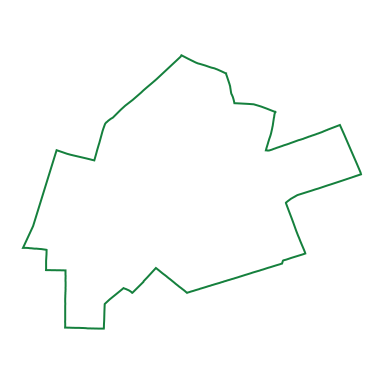 outline of Izvoare, Dolj, Romania
{"feature_id": "2599482B17685193443553", "entity_name": "Izvoare", "entity_type": "district", "adm_level": 2, "iso_a3": "ROU", "parent_name": "Romania", "parent_adm1": "Dolj", "projection": "natural_earth1", "projection_center": [23.323, 44.156], "detail": "fine", "context": "isolated", "style": "outline", "palette": "green", "viewbox_px": 384, "rotation_deg": 0, "n_neighbors": 0, "source": "geoboundaries", "source_scale": "gbopen_adm2", "svg_char_len": 5846}
<svg xmlns="http://www.w3.org/2000/svg" viewBox="0 0 384 384"><path d="M282.5,262.2L282.8,261.0L283.0,260.7L283.3,260.4L283.7,260.3L286.3,259.6L287.8,259.1L291.3,257.9L303.0,254.3L305.0,253.6L305.3,253.5L305.1,252.7L304.1,250.1L303.0,247.5L301.8,244.7L300.3,241.1L299.1,238.0L298.1,235.7L296.2,230.8L293.3,222.7L291.6,218.1L289.3,212.1L286.9,205.7L285.9,203.0L285.9,202.9L285.9,202.7L286.0,202.6L287.6,201.3L290.9,198.8L297.4,195.1L299.3,194.5L302.5,193.5L306.9,192.1L311.4,190.7L315.3,189.4L318.4,188.5L325.2,186.2L327.9,185.3L330.8,184.4L339.6,181.5L361.0,174.3L360.5,172.4L357.2,164.6L355.6,160.9L351.5,151.5L344.2,134.6L339.9,125.0L327.6,129.7L327.3,129.9L326.7,130.1L326.1,130.3L325.0,130.8L324.4,131.0L323.3,131.5L321.7,132.2L321.1,132.4L320.0,132.8L319.5,133.0L318.4,133.4L317.9,133.6L317.4,133.7L316.4,134.1L315.9,134.3L315.0,134.6L313.0,135.3L312.5,135.4L312.0,135.6L311.5,135.8L310.6,136.1L310.1,136.3L309.1,136.6L308.7,136.7L307.8,137.1L307.4,137.2L306.5,137.6L306.1,137.7L305.6,137.9L304.7,138.2L304.2,138.4L303.3,138.8L301.9,139.2L301.4,139.4L301.0,139.5L300.6,139.6L300.1,139.8L299.7,139.9L299.3,140.0L298.8,140.1L298.5,140.2L293.3,142.1L290.2,143.2L289.5,143.5L288.7,143.8L288.0,144.0L287.3,144.3L286.5,144.5L285.7,144.8L284.9,145.0L283.4,145.5L281.9,146.1L281.2,146.3L280.4,146.6L279.7,146.8L279.0,147.1L278.3,147.3L276.8,147.8L274.7,148.6L274.0,148.8L272.7,149.3L272.0,149.6L271.4,149.8L269.4,150.4L269.0,150.5L268.9,150.5L268.6,150.5L267.8,150.5L267.4,150.5L267.2,150.5L267.1,150.4L266.7,150.4L266.2,150.3L265.9,150.3L266.1,149.5L266.5,148.0L267.0,146.4L267.9,143.5L268.3,142.0L268.8,140.5L269.2,139.1L270.2,136.3L270.6,135.0L271.0,133.6L271.3,132.3L271.9,129.6L272.2,128.3L272.4,127.1L272.7,125.9L273.0,123.8L273.2,122.5L273.3,121.8L273.4,121.1L273.5,120.5L273.6,119.8L273.8,118.5L273.9,117.8L274.1,117.2L274.2,116.5L274.2,115.9L274.4,115.2L274.4,114.6L274.6,114.0L274.7,113.7L274.9,112.8L275.0,112.6L275.3,112.4L275.5,112.1L275.4,111.8L275.1,111.7L274.8,111.7L274.0,111.5L266.7,108.6L261.3,106.6L258.4,105.7L253.7,104.3L248.2,103.9L244.5,103.7L238.9,103.4L234.4,103.2L233.9,100.8L233.5,99.2L232.8,96.9L232.4,96.0L232.0,95.0L231.3,93.7L231.0,92.2L230.8,90.9L230.6,89.5L230.5,88.9L230.3,87.7L230.1,86.2L229.7,84.9L229.5,84.1L228.1,79.9L227.4,77.8L226.7,75.7L226.3,74.6L226.1,74.0L226.1,73.6L226.1,73.4L225.9,73.4L221.0,71.1L218.5,70.0L217.2,69.4L216.3,69.1L214.6,68.4L213.9,68.2L211.7,67.7L209.8,67.1L205.2,65.5L200.2,64.0L197.9,63.4L195.7,62.5L188.2,58.8L183.8,56.5L181.4,55.3L180.6,56.7L156.5,79.2L151.5,83.5L147.1,87.2L143.4,90.4L141.1,92.6L132.7,99.9L125.2,105.7L120.8,109.7L112.9,117.6L110.5,119.0L110.0,119.4L109.4,119.9L108.5,120.5L107.0,121.9L106.5,122.3L106.4,122.3L105.5,123.3L105.0,124.1L103.4,128.5L102.6,130.9L99.3,143.0L98.6,145.2L97.1,150.3L96.2,153.7L94.3,160.4L91.8,159.8L90.3,159.4L86.2,158.4L80.2,157.0L77.6,156.4L73.3,155.4L70.4,154.7L66.8,153.7L62.8,152.3L56.6,150.2L33.1,226.1L23.0,247.9L26.6,247.9L28.6,248.0L29.7,248.2L31.6,248.3L33.2,248.5L35.1,248.7L36.0,248.6L37.0,248.7L39.0,248.9L41.5,249.1L46.4,249.8L46.6,249.9L46.5,254.3L46.1,260.9L46.1,263.2L46.1,265.3L46.1,268.5L46.0,270.1L60.9,270.3L65.5,270.4L65.5,270.5L65.5,272.1L65.5,275.1L65.6,275.5L65.6,276.1L65.6,276.9L65.5,278.0L65.6,278.5L65.5,279.0L65.5,279.6L65.5,280.2L65.5,280.6L65.5,281.4L65.6,281.7L65.6,282.4L65.6,283.3L65.6,284.2L65.6,284.4L65.6,284.9L65.6,285.2L65.6,285.6L65.6,286.0L65.6,286.5L65.5,288.0L65.6,289.0L65.5,290.3L65.5,291.2L65.5,291.6L65.4,292.2L65.4,292.8L65.4,293.9L65.3,295.2L65.3,296.3L65.2,298.9L65.2,300.3L65.2,301.8L65.3,303.9L65.2,305.7L65.2,307.3L65.2,308.6L65.2,311.4L65.2,312.4L65.2,315.0L65.2,316.6L65.2,317.8L65.2,319.8L65.1,321.9L65.2,323.3L65.2,325.9L65.1,327.4L65.1,327.6L65.3,327.6L66.0,327.6L66.8,327.6L68.4,327.7L70.1,327.7L72.4,327.8L74.1,327.8L74.9,327.9L75.8,327.9L76.5,327.9L79.7,327.9L82.1,328.0L83.0,328.0L84.6,328.1L85.3,328.1L87.8,328.4L89.2,328.4L99.2,328.6L101.6,328.6L103.8,328.6L103.9,327.8L103.9,326.5L104.0,323.4L104.1,321.9L104.2,319.8L104.3,316.0L104.4,312.1L104.5,309.4L104.7,304.2L104.8,303.9L109.8,299.3L116.0,294.3L122.0,289.4L123.5,288.1L123.9,288.3L125.2,288.8L126.1,289.1L126.5,289.3L126.9,289.5L127.4,289.7L127.8,289.9L128.3,290.1L128.7,290.3L129.1,290.5L129.4,290.7L130.2,291.2L130.9,291.7L131.3,292.0L131.5,292.2L131.9,292.6L132.2,292.9L132.3,292.9L143.1,282.2L143.3,282.1L143.4,281.7L143.6,281.3L144.2,280.6L146.1,278.6L146.9,277.8L155.9,268.0L156.7,268.6L157.4,269.2L158.2,269.8L159.8,271.1L160.6,271.8L161.4,272.4L162.2,273.1L163.0,273.7L163.9,274.4L164.8,275.0L165.6,275.7L166.5,276.3L167.2,277.0L168.0,277.6L168.8,278.3L169.7,278.9L170.4,279.5L171.2,280.1L172.0,280.8L172.9,281.5L174.6,282.9L175.5,283.7L176.4,284.4L177.3,285.1L178.3,285.9L179.0,286.5L179.8,287.1L180.5,287.6L181.0,288.0L181.6,288.4L182.1,288.9L182.7,289.3L183.2,289.7L183.8,290.1L184.3,290.6L184.9,291.0L185.4,291.5L186.0,292.0L186.6,292.5L186.9,292.7L187.0,292.8L187.1,292.7L187.3,292.5L187.5,292.5L187.8,292.5L188.7,292.3L191.1,291.5L193.3,290.9L194.2,290.6L196.1,290.0L198.2,289.4L199.2,289.1L200.2,288.7L201.3,288.4L203.3,287.8L204.3,287.5L205.3,287.2L208.4,286.2L209.5,285.9L210.6,285.6L211.6,285.2L212.8,284.9L213.7,284.6L214.7,284.3L215.7,284.0L216.8,283.7L217.8,283.4L218.9,283.1L219.9,282.8L221.0,282.4L222.0,282.1L223.1,281.8L224.1,281.4L225.2,281.1L226.3,280.8L227.4,280.4L228.5,280.1L229.6,279.8L231.8,279.1L232.9,278.8L234.0,278.5L235.1,278.1L236.2,277.8L238.5,277.1L239.6,276.7L240.7,276.4L241.9,276.0L244.1,275.3L245.3,274.9L246.4,274.6L247.7,274.2L249.3,273.7L250.9,273.2L252.6,272.6L254.3,272.1L257.7,271.1L259.5,270.6L261.2,270.0L263.0,269.5L264.8,268.9L266.6,268.3L268.5,267.7L270.3,267.2L272.2,266.6L275.7,265.5L277.7,264.9L279.8,264.3L281.2,263.8L281.8,263.6L282.0,263.6L282.1,263.4L282.2,263.2L282.3,262.7L282.4,262.4L282.5,262.2Z" fill="none" stroke="#15803d" stroke-width="2"/></svg>